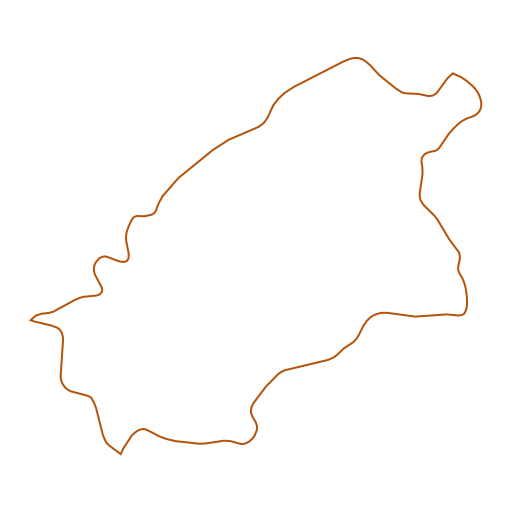 the border of Al Quassim
{"feature_id": "SAU-846", "entity_name": "Al Quassim", "entity_type": "Region", "adm_level": 1, "iso_a3": "SAU", "parent_name": "Saudi Arabia", "parent_adm1": "", "projection": "mercator", "projection_center": [43.262, 25.97], "detail": "fine", "context": "isolated", "style": "outline", "palette": "amber", "viewbox_px": 512, "rotation_deg": 0, "n_neighbors": 0, "source": "natural_earth", "source_scale": "10m", "svg_char_len": 2581}
<svg xmlns="http://www.w3.org/2000/svg" viewBox="0 0 512 512"><path d="M452.7,73.4L461.2,77.2L467.1,81.2L472.5,85.9L475.1,88.7L477.3,91.7L479.0,94.8L480.2,98.0L481.0,101.0L481.3,103.7L481.2,106.0L481.2,106.3L480.7,108.2L479.8,110.5L478.1,112.9L475.5,115.0L472.4,116.5L466.1,118.8L462.8,120.6L459.5,122.9L453.7,128.3L448.8,133.8L439.2,147.9L437.0,149.9L435.4,150.8L430.3,151.8L427.1,152.8L424.2,154.6L421.8,157.9L421.4,161.2L422.4,167.9L422.5,174.3L419.7,193.4L419.7,196.5L420.3,199.4L421.8,202.4L423.9,205.3L434.3,215.6L437.4,219.6L449.1,239.1L459.1,252.6L459.3,253.2L460.0,257.8L458.6,264.6L458.0,268.7L458.9,272.2L462.6,278.8L464.3,283.0L465.7,288.2L466.9,296.8L467.1,302.0L466.9,306.1L466.2,309.2L465.3,311.9L463.8,314.1L461.4,315.1L458.6,315.5L446.6,314.4L415.4,316.6L387.5,312.9L381.4,312.9L378.4,313.5L375.5,314.5L372.9,315.7L370.8,317.1L369.1,318.6L367.0,320.7L363.5,325.6L358.6,335.4L356.0,339.4L353.3,342.2L344.0,348.3L336.9,355.0L333.7,357.4L328.4,359.8L284.6,370.3L281.5,371.8L278.3,374.0L265.9,386.6L253.2,403.5L251.4,407.5L250.8,411.0L251.3,413.9L252.6,416.9L256.0,422.8L257.0,426.2L256.8,430.1L254.7,435.5L252.1,439.0L248.9,441.7L245.9,443.3L243.1,444.0L240.6,443.9L230.3,441.1L224.1,440.7L205.5,443.5L198.9,443.7L175.2,441.1L165.9,438.8L160.1,436.7L146.2,429.5L143.4,429.0L140.3,429.5L137.3,430.9L133.7,433.7L131.9,435.4L123.2,448.6L120.7,454.1L109.3,445.6L107.1,443.5L105.4,440.9L102.9,435.0L96.0,407.8L93.8,402.2L91.5,398.2L91.3,397.9L89.8,396.9L87.7,395.8L70.7,391.3L67.7,389.6L64.8,387.2L62.2,383.2L61.1,380.0L60.6,376.7L63.1,339.1L62.6,335.7L61.5,332.2L59.5,329.4L57.0,327.6L51.2,325.5L33.9,321.4L30.7,320.2L35.8,315.6L41.1,313.8L48.9,312.9L53.5,311.6L74.5,300.1L79.4,298.0L83.5,296.8L96.2,295.6L99.2,294.7L101.5,292.7L102.2,290.3L101.9,288.0L101.1,286.2L95.0,274.8L94.1,271.6L93.8,268.4L94.5,265.0L96.2,261.7L99.5,258.1L102.7,256.7L105.4,256.4L107.7,257.0L118.0,261.0L121.2,261.7L124.2,261.9L126.7,261.1L128.3,258.9L128.7,256.3L128.7,254.0L128.5,252.7L126.2,240.8L126.0,237.9L126.2,234.9L126.7,231.9L128.9,225.7L131.8,219.7L133.7,217.3L136.3,216.1L139.1,216.0L142.3,216.3L145.5,216.1L151.7,214.6L154.3,213.1L156.1,210.5L157.0,207.4L159.2,202.2L162.9,195.8L178.3,178.1L212.8,150.0L228.6,139.8L258.5,126.9L263.0,123.7L265.8,120.4L267.8,117.1L273.2,105.4L277.8,99.4L284.2,93.2L294.0,86.8L343.8,61.3L350.2,58.8L353.3,58.1L356.3,57.9L359.3,58.3L362.3,59.3L365.2,61.1L370.1,65.1L379.4,75.3L396.2,88.8L401.9,92.4L405.2,93.3L418.7,94.0L427.5,95.9L430.4,96.0L433.1,95.4L435.5,93.9L437.1,92.5L447.3,78.5L452.7,73.4Z" fill="none" stroke="#b45309" stroke-width="2"/></svg>